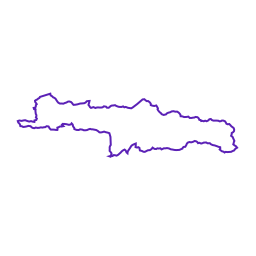 the district of Blumenau, Santa Catarina, Brazil, rotated 275°
{"feature_id": "56859067B88872215704805", "entity_name": "Blumenau", "entity_type": "district", "adm_level": 2, "iso_a3": "BRA", "parent_name": "Brazil", "parent_adm1": "Santa Catarina", "projection": "equal_earth", "projection_center": [-49.103, -26.874], "detail": "fine", "context": "isolated", "style": "outline", "palette": "violet", "viewbox_px": 256, "rotation_deg": 275, "n_neighbors": 0, "source": "geoboundaries", "source_scale": "gbopen_adm2", "svg_char_len": 4460}
<svg xmlns="http://www.w3.org/2000/svg" viewBox="0 0 256 256"><g transform="rotate(275 128 128)"><path d="M98.8,113.4L98.7,115.0L99.8,116.2L99.7,117.7L99.5,119.1L100.6,120.7L101.6,121.6L102.7,122.7L104.3,123.9L105.5,125.3L106.2,126.5L105.4,127.6L104.5,128.2L103.6,128.6L102.8,129.7L104.2,129.7L105.3,130.1L106.5,130.8L107.6,131.4L108.7,132.0L110.2,132.7L111.4,133.8L112.5,135.7L113.2,137.1L112.1,137.2L111.0,137.2L109.6,137.2L109.3,138.8L109.8,139.9L109.2,141.1L108.0,141.4L106.7,141.8L106.3,144.0L105.7,145.4L105.7,146.8L106.5,148.1L107.5,149.7L107.9,151.8L109.1,153.3L110.6,154.2L109.5,156.2L109.5,157.9L110.3,159.0L110.2,160.2L110.6,162.1L109.6,163.2L110.1,164.2L110.9,165.5L111.0,167.1L111.4,168.6L111.2,170.6L110.5,172.5L110.4,174.4L110.2,176.0L110.2,177.8L110.4,179.4L110.7,181.2L111.5,182.6L112.2,184.0L113.2,184.3L114.0,185.1L114.3,186.7L116.2,187.6L117.6,188.0L118.7,188.9L119.4,190.5L119.2,192.1L119.8,193.8L120.9,195.6L120.6,197.3L120.0,198.3L119.0,199.1L119.5,200.3L118.9,202.2L119.4,203.6L120.0,204.6L120.2,205.8L120.4,207.1L119.7,208.6L120.0,210.8L119.1,211.9L118.4,213.8L118.2,215.9L117.5,218.6L117.1,219.9L116.9,221.5L115.7,221.7L114.6,221.2L113.7,222.5L113.0,223.6L112.7,225.3L112.0,226.3L112.7,227.3L112.7,229.4L113.0,231.0L113.2,232.7L114.1,234.1L114.9,235.7L116.2,236.4L117.0,237.2L117.9,238.4L119.2,237.2L120.0,235.6L120.9,234.3L122.1,234.6L123.3,234.7L124.4,235.1L125.8,234.3L126.9,233.7L128.2,233.0L129.2,231.4L130.6,231.8L132.1,231.8L133.1,233.2L134.2,233.9L135.6,233.9L137.0,233.4L137.9,232.2L138.5,231.1L139.2,230.3L140.0,229.5L140.8,228.5L140.4,227.1L140.8,225.7L142.1,224.9L143.1,224.1L143.7,222.3L143.6,220.9L142.9,219.9L142.6,218.6L143.1,217.5L143.1,215.8L143.0,214.1L142.8,212.5L143.2,210.9L144.2,209.7L143.8,208.3L142.6,207.4L141.6,205.8L142.0,204.2L141.3,202.9L141.6,201.7L141.3,200.3L142.3,199.7L142.3,198.4L143.8,197.6L144.8,196.3L144.9,194.3L144.2,193.2L144.0,191.9L143.6,190.6L143.4,188.6L144.6,187.1L144.2,185.8L144.0,184.6L143.8,182.9L144.3,181.2L144.3,179.4L145.9,179.0L147.0,178.0L147.9,176.9L148.6,175.5L148.4,173.7L148.7,171.8L148.3,170.0L147.4,168.7L146.7,166.7L145.9,165.4L144.9,164.7L144.1,162.4L144.7,160.3L145.6,159.6L146.4,158.3L147.4,157.2L148.3,156.4L149.2,155.8L150.2,156.1L151.7,155.1L152.9,154.2L152.2,152.2L152.4,150.2L152.8,148.7L154.3,148.5L155.5,147.4L156.6,145.7L156.4,144.4L157.1,143.1L158.1,141.8L157.7,140.0L153.4,135.8L152.6,135.0L148.8,130.8L147.9,129.5L148.0,127.9L148.1,126.2L148.8,123.9L148.3,122.5L149.1,121.2L148.4,119.8L148.3,118.5L148.3,116.9L148.6,115.6L149.0,114.3L149.6,113.1L149.2,111.5L148.9,109.8L148.2,108.6L147.4,108.0L146.5,107.0L146.4,105.2L147.3,104.3L147.5,102.1L146.4,100.9L146.0,99.4L145.9,97.6L145.9,96.2L145.6,94.9L145.1,93.8L145.8,91.7L144.8,89.4L145.5,88.3L146.3,87.8L147.6,86.6L149.1,86.9L150.2,87.1L151.6,87.3L151.4,86.0L151.0,84.5L149.8,83.7L148.9,82.3L148.5,80.2L148.2,78.2L147.2,75.7L146.6,73.5L146.3,71.7L147.1,70.8L147.9,70.2L148.9,69.0L149.3,67.3L149.1,66.0L148.0,64.4L147.3,62.7L146.6,61.5L146.6,59.5L146.4,58.1L147.1,56.4L148.2,55.3L149.7,54.1L150.8,53.3L151.6,52.1L152.0,50.8L153.1,49.5L153.7,48.1L155.4,47.6L151.3,37.6L150.2,37.1L149.4,35.9L148.5,35.1L148.0,34.1L147.1,33.0L146.0,33.2L144.8,34.2L143.8,35.0L142.8,34.2L141.6,34.3L140.3,33.9L139.8,32.3L138.6,32.8L138.4,34.3L136.9,34.3L135.4,34.6L134.0,34.9L132.9,35.6L131.8,35.7L130.6,35.3L129.4,36.4L128.0,35.9L127.4,34.2L125.9,34.2L126.0,32.5L126.4,30.8L125.8,29.0L126.2,27.0L126.8,24.9L126.4,23.1L125.8,21.4L126.0,19.1L125.3,17.6L123.9,18.2L122.9,19.5L121.6,20.3L120.5,20.6L120.5,22.1L119.9,23.5L120.2,25.1L120.7,26.8L121.4,28.5L121.3,30.8L120.3,31.9L119.7,33.4L119.7,34.9L120.4,36.0L120.2,38.0L120.5,39.7L121.0,40.9L121.0,43.0L121.4,44.0L121.6,45.4L122.7,46.8L122.6,48.7L121.8,49.3L120.7,50.0L119.7,51.3L119.9,53.5L119.9,55.1L119.8,56.4L119.9,57.8L120.9,57.9L122.2,57.6L122.9,59.1L123.6,60.1L123.7,61.8L124.2,63.5L125.5,61.9L126.4,62.6L126.5,64.3L126.4,66.5L126.0,68.9L126.6,70.8L127.7,71.4L126.6,72.6L124.7,73.2L123.5,74.4L122.3,74.6L121.9,75.8L121.6,77.0L121.7,79.1L122.5,80.4L122.4,82.6L121.9,84.2L122.0,85.7L122.4,87.4L123.2,88.8L123.8,90.3L123.5,91.6L123.6,92.8L123.4,94.7L123.2,96.6L122.3,98.4L121.2,99.9L121.2,101.3L121.6,102.7L122.3,104.5L121.9,106.1L121.6,108.3L121.2,109.9L117.6,111.3L109.6,112.3L108.7,111.8L107.4,111.4L105.6,111.6L103.6,111.7L102.3,113.0L101.3,113.8L100.2,113.6L98.8,113.4ZM98.8,113.4L98.2,111.9L97.9,113.1L98.8,113.4Z" fill="none" stroke="#5b21b6" stroke-width="2"/></g></svg>